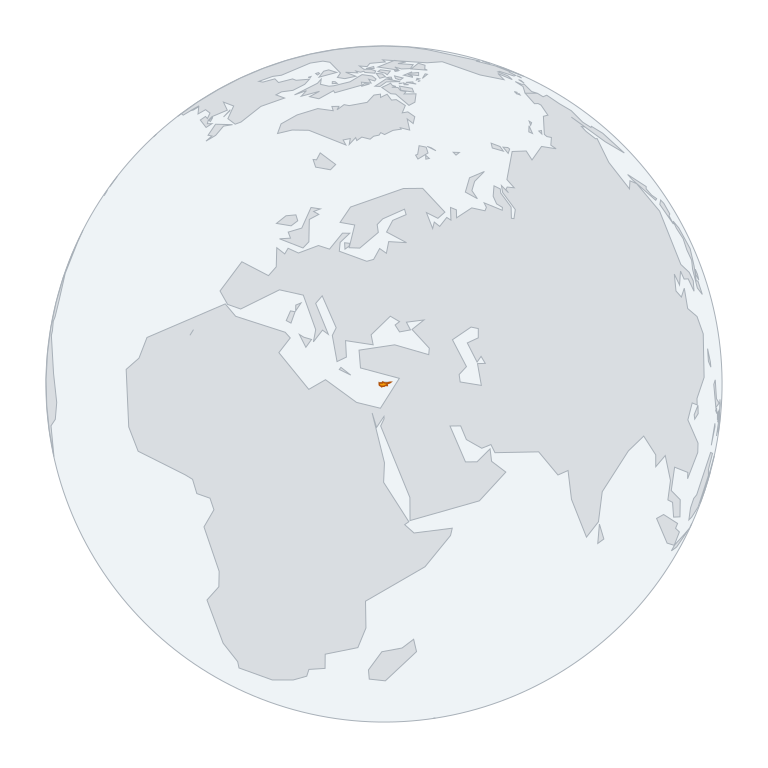 globe centered on Cyprus, rotated 14°
{"feature_id": "CYP", "entity_name": "Cyprus", "entity_type": "country or territory", "adm_level": 0, "iso_a3": "CYP", "parent_name": "Asia", "parent_adm1": "", "projection": "orthographic", "projection_center": [33.299, 35.116], "detail": "fine", "context": "on_globe", "style": "filled", "palette": "amber", "viewbox_px": 768, "rotation_deg": 14, "n_neighbors": 0, "source": "natural_earth", "source_scale": "50m", "svg_char_len": 11193}
<svg xmlns="http://www.w3.org/2000/svg" viewBox="0 0 768 768"><g transform="rotate(14 384 384)"><circle cx="384" cy="384" r="338" fill="#eef3f6" stroke="#a8b0b8"/><path d="M325.5,51.2L345.0,49.1L385.2,47.9L399.1,47.4L395.1,48.4L422.4,48.4L445.1,51.7L418.6,48.4L415.3,48.5L430.3,50.4L430.1,51.1L437.2,52.7L435.6,53.7L420.3,52.7L419.0,53.6L429.7,55.0L434.8,57.6L419.4,55.2L426.8,59.7L402.5,60.9L362.5,57.2L348.1,61.9L304.3,69.8L307.4,71.2L292.7,76.3L290.8,80.1L283.2,81.4L288.3,83.5L295.5,81.8L300.2,82.3L299.7,84.7L290.0,86.3L288.8,85.4L285.7,87.2L281.0,87.1L283.1,88.5L271.3,90.8L282.2,92.2L272.1,97.2L264.6,97.8L266.5,92.8L253.7,84.9L246.6,85.5L234.7,90.5L209.8,109.2L201.5,112.5L189.4,120.6L193.4,120.4L204.3,114.3L208.7,117.0L221.5,110.1L225.2,110.6L237.9,106.3L234.6,112.4L224.6,121.1L213.9,125.3L209.2,129.6L218.3,130.6L197.4,144.4L181.9,164.4L176.7,167.9L168.3,164.3L170.9,150.6L160.0,149.3L165.7,156.2L152.4,166.2L149.7,170.7L149.6,174.2L154.1,173.0L149.3,178.1L141.9,172.3L146.1,167.6L148.4,169.2L149.6,163.2L144.5,161.0L138.2,167.0L137.2,159.8L132.7,164.3L129.9,165.8L137.2,158.8L124.1,171.7L121.9,170.7L119.1,174.2L135.0,155.5L152.3,138.1L170.7,121.9L190.3,107.1L211.0,93.7L232.5,81.9L254.9,71.7L277.9,63.2L301.5,56.3L325.5,51.2ZM54.8,307.5L53.3,315.4L52.8,317.3L47.9,353.7L48.5,381.9L48.6,398.4L47.9,403.2L49.4,412.5L49.5,417.4L60.8,453.7L70.9,481.1L73.6,497.8L71.0,505.1L81.3,534.2L70.7,510.6L61.9,486.2L55.0,461.3L50.1,435.9L47.1,410.3L46.1,384.4L47.0,358.6L50.0,332.9L54.8,307.5ZM334.7,49.7L332.9,50.0L332.5,50.0L334.7,49.7ZM409.2,47.4L401.2,46.9L409.0,47.3L409.2,47.4ZM438.4,52.8L440.8,52.9L443.5,53.8L438.4,52.8ZM238.8,103.3L238.3,104.7L236.2,104.8L238.8,103.3ZM244.7,100.3L242.6,99.3L245.1,97.7L246.4,98.3L244.7,100.3ZM443.6,56.4L447.2,58.2L440.9,56.1L443.6,56.4ZM246.7,102.0L249.8,95.1L254.3,92.6L262.8,93.1L246.7,102.0ZM447.5,59.2L456.5,64.5L462.5,64.8L450.6,67.7L446.9,61.7L438.2,58.8L445.2,59.9L447.5,59.2ZM298.1,80.3L290.3,82.2L297.2,78.5L298.1,80.3ZM301.4,77.9L316.0,67.4L327.2,66.3L320.0,69.7L335.0,67.1L333.3,71.6L324.7,74.1L317.8,73.8L322.4,75.9L301.4,77.9ZM442.6,68.8L442.5,70.3L439.7,68.7L442.6,68.8ZM302.6,82.3L304.5,80.0L314.4,78.8L312.3,83.2L309.8,82.1L302.6,82.3ZM339.7,64.5L346.7,64.8L347.3,68.4L350.1,69.0L334.2,71.7L339.7,64.5ZM307.3,83.6L311.0,85.5L305.9,88.4L301.3,84.5L307.3,83.6ZM317.9,76.7L322.5,76.5L319.2,78.0L317.9,76.7ZM290.0,100.7L292.1,97.4L297.4,96.4L290.0,100.7ZM312.7,86.1L314.5,85.1L316.8,84.5L318.1,86.4L312.7,86.1ZM335.7,74.3L334.5,76.0L342.2,73.4L343.0,76.4L332.2,77.8L337.2,78.5L337.4,79.5L328.4,79.6L335.7,74.3ZM326.5,86.7L313.2,90.3L308.1,96.3L303.2,97.2L312.2,87.5L326.5,86.7ZM328.4,82.5L326.1,85.2L321.2,84.7L319.7,82.5L328.4,82.5ZM347.3,78.2L348.9,73.1L351.2,73.0L347.3,78.2ZM326.0,88.5L329.2,87.6L326.2,88.9L326.0,88.5ZM341.9,81.3L342.1,79.4L344.7,79.3L341.9,81.3ZM335.5,87.7L331.2,88.7L330.0,87.1L335.5,87.7ZM339.2,84.8L342.7,85.2L332.2,86.0L338.9,83.9L339.2,84.8ZM344.3,81.5L345.9,80.9L343.8,82.4L344.3,81.5ZM342.3,93.6L329.4,94.9L326.9,91.2L339.8,90.3L342.3,93.6ZM146.7,487.4L130.3,432.2L140.0,418.2L142.8,396.2L210.6,344.7L223.7,354.2L275.6,357.7L281.9,362.0L274.4,379.0L312.3,407.4L326.2,394.0L361.8,408.5L386.4,408.4L397.5,374.8L357.3,374.1L351.6,357.2L384.9,343.4L420.3,344.7L419.3,338.3L398.0,324.3L407.3,312.2L390.8,318.6L396.6,325.1L386.5,329.7L380.5,324.1L384.0,319.7L373.7,316.7L359.6,339.4L364.0,348.6L336.2,351.2L341.0,367.0L333.0,373.6L322.1,349.4L324.0,341.0L302.7,313.4L298.2,322.3L318.0,349.3L311.3,346.6L305.3,360.2L304.6,347.8L284.2,317.3L259.8,317.9L226.8,345.9L213.0,344.6L202.4,333.4L216.5,299.8L245.7,306.8L251.1,296.4L247.0,277.7L256.2,281.8L258.1,275.5L269.3,277.6L286.9,265.5L298.5,266.3L307.2,247.7L314.3,246.0L307.2,257.2L308.5,266.0L337.6,269.1L343.8,265.6L347.0,253.6L354.7,256.6L354.1,244.7L371.7,241.4L349.7,235.9L352.9,223.1L364.5,214.3L361.6,209.4L342.8,224.1L338.8,231.0L341.8,238.3L327.6,258.0L317.2,260.2L317.1,236.8L302.3,237.8L308.7,220.4L355.6,189.6L374.2,184.8L401.5,202.5L396.2,210.2L383.7,207.4L393.6,221.4L393.6,214.7L399.9,217.6L404.6,207.2L409.3,208.8L405.8,196.6L412.1,197.5L414.2,205.2L426.5,191.9L440.1,191.5L440.6,187.8L437.3,184.0L456.7,186.8L456.2,184.0L449.7,182.0L444.5,175.4L442.8,165.1L449.6,166.6L451.1,170.5L464.5,181.5L467.5,192.4L470.1,192.1L469.2,183.0L452.8,169.5L449.9,163.0L458.5,168.3L455.2,165.8L455.9,163.1L462.9,162.1L453.8,155.9L452.1,127.4L465.6,123.5L473.4,130.8L479.4,115.4L494.1,114.1L488.1,111.9L486.8,104.3L482.2,104.5L479.2,103.0L473.9,85.7L478.0,83.5L468.9,75.4L465.7,74.6L462.2,75.6L450.6,67.7L462.5,64.8L468.9,66.8L472.0,64.4L486.3,69.6L499.6,73.5L513.5,81.9L522.8,85.0L522.9,83.8L535.6,87.8L561.3,101.7L540.0,95.4L501.2,79.7L517.0,86.0L513.3,86.4L518.9,90.0L530.0,94.9L531.4,94.3L548.5,114.6L575.0,135.3L573.5,127.3L580.7,128.5L609.6,149.6L643.1,196.2L653.1,201.8L659.1,209.1L662.4,219.0L653.7,208.4L649.8,209.6L644.4,202.7L646.8,216.4L639.1,207.1L644.8,223.1L651.5,227.7L652.2,218.4L660.4,237.3L671.4,242.8L681.6,258.1L693.0,300.1L691.2,322.4L692.9,328.5L687.6,327.8L687.5,345.3L703.0,365.4L705.0,374.5L701.5,402.5L700.2,396.3L686.1,394.4L688.5,417.9L699.4,424.6L703.3,441.3L697.2,443.1L692.6,429.0L687.5,427.8L685.3,408.3L674.2,385.4L667.7,398.5L664.8,387.0L648.6,371.7L637.3,389.8L621.8,435.7L625.4,465.8L617.5,483.6L593.8,450.5L583.5,423.4L574.8,430.2L550.5,412.4L508.3,423.8L502.4,416.9L494.4,422.7L477.4,418.0L468.5,406.1L458.2,408.8L481.9,439.9L493.1,437.0L502.6,421.3L507.1,433.0L523.5,440.0L504.8,474.3L442.3,510.2L436.6,487.9L390.9,425.5L392.5,417.8L392.3,417.0L391.8,415.5L387.3,427.9L379.5,415.0L403.5,460.3L407.4,479.5L441.4,511.6L438.1,515.5L449.2,521.3L485.1,507.4L485.2,514.9L468.0,551.4L418.6,599.2L425.5,625.1L422.4,646.1L392.3,660.4L395.6,674.2L380.2,679.1L379.7,686.2L367.6,693.1L347.3,698.2L312.0,694.6L309.2,688.8L290.6,674.4L264.5,636.4L272.8,620.7L269.4,605.7L243.9,566.2L249.4,547.2L242.8,536.9L228.9,535.6L221.3,522.8L213.0,520.2L161.7,508.7L146.7,487.4ZM186.0,377.3L183.9,383.7L186.0,377.3ZM457.4,363.6L478.8,361.8L469.8,341.6L477.3,339.5L471.5,333.7L469.0,340.2L454.9,324.0L464.3,316.4L462.1,307.4L454.7,307.7L439.7,324.5L459.8,347.2L454.6,356.6L457.4,363.6ZM53.3,315.8L52.2,321.3L52.7,318.1L53.3,315.8ZM68.8,262.9L66.9,269.0L67.9,265.2L68.8,262.9ZM75.0,247.1L70.3,258.7L71.3,255.8L75.0,247.1ZM102.8,196.6L100.6,200.0L101.0,199.4L102.8,196.6ZM152.9,166.5L153.3,167.1L152.1,171.3L150.5,170.7L152.9,166.5ZM160.5,183.5L152.5,191.4L157.0,185.0L153.1,185.2L157.7,172.7L174.3,169.0L165.9,172.6L160.5,183.5ZM168.4,156.1L163.7,163.7L168.2,155.6L168.4,156.1ZM257.6,241.2L260.8,246.5L255.6,253.0L240.8,254.2L248.2,244.5L257.6,241.2ZM266.5,252.6L270.5,230.4L279.9,229.5L274.0,233.6L279.7,235.2L271.7,242.4L276.7,264.2L272.5,271.6L247.5,268.4L258.0,265.1L254.3,259.8L266.5,252.6ZM264.3,182.8L266.2,175.2L284.0,182.7L280.2,189.1L265.2,190.1L260.9,183.3L264.3,182.8ZM261.1,105.1L260.7,103.1L263.4,102.5L265.9,103.6L261.1,105.1ZM290.5,99.2L265.8,113.3L264.1,111.6L251.8,123.0L242.3,123.2L250.6,115.6L234.1,124.8L237.8,118.1L227.2,125.1L246.7,108.3L249.3,103.3L249.9,108.6L258.5,108.4L263.1,106.8L277.9,99.0L287.9,89.1L298.0,88.0L302.5,90.0L301.7,92.2L295.4,92.0L298.7,95.1L289.0,96.6L290.5,99.2ZM349.3,124.2L342.4,121.2L347.5,131.4L337.8,131.4L339.0,132.6L331.4,135.7L324.2,141.8L320.0,140.9L319.0,143.7L314.0,146.1L311.3,149.8L302.7,149.8L298.7,154.4L296.9,151.8L292.3,160.0L291.9,154.0L285.3,157.1L289.2,161.3L249.7,156.0L233.4,159.8L220.1,166.7L221.2,156.5L234.5,144.0L253.1,132.8L268.6,131.1L266.3,127.3L273.1,125.5L272.1,129.3L277.7,122.6L282.9,122.3L299.5,114.8L304.3,106.1L310.5,103.6L311.3,106.8L316.9,102.1L322.6,106.7L327.1,105.1L337.3,108.6L336.1,116.5L341.3,114.2L349.2,117.2L349.3,124.2ZM344.9,94.7L345.8,103.1L340.8,107.6L325.2,99.9L320.3,100.7L310.2,96.8L317.6,90.6L319.8,92.2L323.6,92.4L319.8,94.2L325.8,92.9L329.0,95.3L334.6,95.0L333.3,97.7L344.9,94.7ZM289.9,356.4L294.9,358.0L302.9,358.3L299.3,367.3L289.9,356.4ZM275.6,335.7L280.2,335.4L279.0,347.4L273.8,346.1L275.6,335.7ZM283.9,325.4L280.6,334.4L279.3,328.8L283.9,325.4ZM311.6,256.5L316.7,255.8L316.8,258.7L313.5,262.6L311.6,256.5ZM362.5,157.5L359.3,154.3L361.1,153.0L360.4,144.3L367.6,144.0L370.8,149.2L362.5,157.5ZM390.1,380.7L382.4,387.2L379.0,384.0L382.3,382.4L390.1,380.7ZM338.2,378.3L349.6,383.4L337.1,380.7L338.2,378.3ZM370.2,155.7L369.1,152.0L373.4,154.2L370.2,155.7ZM372.8,143.4L378.0,145.1L368.4,143.0L372.8,143.4ZM512.5,696.5L514.1,695.8L514.6,695.7L512.5,696.5ZM480.3,635.8L457.1,671.7L441.1,673.9L438.1,665.2L446.7,644.3L465.4,635.8L474.5,624.5L480.3,635.8ZM715.7,448.7L715.5,449.3L716.3,445.5L716.4,444.9L715.7,448.7ZM715.4,449.7L707.4,471.3L703.2,476.4L705.0,469.7L711.8,457.1L715.4,449.7ZM704.6,470.3L697.2,469.9L681.0,448.5L686.9,443.0L702.6,448.3L701.8,453.5L706.4,456.1L704.6,470.3ZM719.5,414.0L718.5,427.5L714.8,438.6L712.7,442.1L711.4,430.2L712.2,420.1L714.2,415.9L717.5,371.4L719.5,371.8L719.5,388.6L720.9,394.2L719.5,414.0ZM626.9,467.8L634.8,481.2L630.0,487.0L626.9,467.8ZM715.5,345.4L716.4,364.3L714.6,342.1L715.5,345.4ZM712.5,326.8L714.1,332.3L712.2,329.4L712.5,326.8ZM696.0,336.8L694.0,342.9L692.4,338.8L693.8,328.7L696.0,336.8ZM689.4,271.4L695.3,283.6L697.1,288.6L693.3,283.5L689.4,271.4ZM430.0,153.5L422.9,165.5L422.5,175.1L429.8,181.6L416.5,178.1L417.1,163.2L430.0,153.5ZM448.7,130.2L442.2,125.4L446.9,124.6L449.1,125.6L448.7,130.2ZM443.5,129.2L432.0,128.8L429.7,124.4L439.1,125.5L443.5,129.2ZM401.1,141.1L398.5,144.5L395.1,142.4L401.1,141.1ZM721.8,393.2L721.6,399.3L721.5,400.2L721.2,405.7L721.3,404.6L721.0,409.6L719.7,422.9L719.6,423.2L720.5,412.9L721.3,395.0L721.5,385.9L721.8,373.9L721.8,375.7L721.4,393.4L721.5,398.8L721.9,389.9L721.8,393.2ZM720.1,350.0L718.8,345.3L719.2,354.0L716.8,330.1L718.7,338.5L720.1,350.0ZM716.5,332.4L717.0,340.4L715.4,327.6L716.5,332.4ZM716.2,338.2L714.6,331.7L715.0,329.1L716.2,338.2ZM716.5,330.3L713.7,317.6L715.3,322.8L716.5,330.3ZM710.1,317.8L713.8,321.4L711.7,326.6L704.1,304.6L704.4,299.8L710.1,317.8ZM664.3,207.0L660.0,202.3L658.2,197.2L661.7,201.9L664.3,207.0ZM648.3,178.6L656.3,194.4L662.0,208.3L663.7,208.2L671.2,220.1L664.8,215.0L655.7,198.1L652.6,189.5L645.4,180.6L639.1,170.6L630.0,162.1L625.1,156.0L632.3,161.3L648.3,178.6ZM626.2,158.9L608.2,143.1L607.9,138.6L611.8,141.0L620.2,149.9L619.8,151.7L626.2,158.9ZM603.7,138.2L603.2,140.0L575.6,125.7L569.7,121.8L590.6,129.0L591.2,131.3L598.0,136.0L603.7,138.2ZM446.1,70.6L442.8,70.3L444.9,69.6L446.1,70.6ZM476.7,103.3L473.0,101.1L475.5,99.9L476.7,103.3ZM464.0,94.7L463.7,97.5L461.2,93.8L464.0,94.7ZM463.5,104.3L462.2,98.3L467.5,105.0L463.5,104.3Z" fill="#d9dde1" stroke="#a8b0b8" stroke-width="1"/><path d="M387.5,384.4L387.6,384.7L387.1,384.8L386.5,384.9L386.2,384.8L385.9,384.9L385.0,385.8L384.6,386.2L384.0,386.3L383.4,386.5L383.1,386.5L382.9,386.6L382.7,386.8L382.7,387.0L382.3,387.2L382.1,386.8L381.9,386.7L381.3,386.8L381.1,386.7L380.2,386.4L379.9,386.3L379.7,386.0L379.3,384.9L379.2,384.2L379.6,384.4L380.0,384.1L380.4,383.8L380.9,383.6L381.2,383.7L381.5,383.7L382.0,383.6L382.2,383.0L382.3,382.4L383.2,382.6L384.0,382.7L384.8,382.7L385.5,382.6L387.7,381.9L388.3,381.4L388.7,381.3L389.3,380.9L390.0,380.7L389.6,381.2L387.1,383.0L386.9,383.5L387.0,383.8L387.4,384.3L387.5,384.4Z" fill="#f59e0b" stroke="#b45309" stroke-width="1.5"/></g></svg>